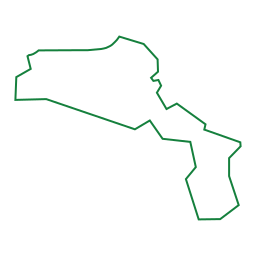 Panyikang, Upper Nile, South Sudan (Robinson projection)
{"feature_id": "79223893B85148589397174", "entity_name": "Panyikang", "entity_type": "district", "adm_level": 2, "iso_a3": "SSD", "parent_name": "South Sudan", "parent_adm1": "Upper Nile", "projection": "robinson", "projection_center": [31.399, 9.348], "detail": "fine", "context": "isolated", "style": "outline", "palette": "green", "viewbox_px": 256, "rotation_deg": 0, "n_neighbors": 0, "source": "geoboundaries", "source_scale": "gbopen_adm2", "svg_char_len": 699}
<svg xmlns="http://www.w3.org/2000/svg" viewBox="0 0 256 256"><path d="M15.4,99.9L46.2,99.1L87.3,113.1L134.9,129.3L149.8,120.5L162.6,138.8L190.3,141.9L195.8,167.1L185.9,179.1L198.7,219.4L220.2,219.1L238.7,205.1L229.1,176.1L229.1,158.1L240.6,146.3L240.3,142.3L204.3,129.6L205.5,124.3L176.8,103.6L166.5,109.0L156.9,92.7L161.1,85.7L158.4,80.0L153.4,80.9L151.1,77.8L158.0,71.7L157.6,59.4L143.7,44.0L119.3,36.6L116.9,39.9L114.9,42.0L112.2,44.6L110.5,45.8L108.9,46.6L106.1,47.9L103.7,48.5L101.1,49.0L97.8,49.3L94.4,49.6L91.2,49.9L87.7,50.2L78.3,50.2L38.6,50.4L37.5,51.3L36.0,52.4L33.3,54.0L31.0,54.8L29.0,55.1L27.5,56.2L30.7,68.9L16.3,77.1L15.4,99.9Z" fill="none" stroke="#15803d" stroke-width="2"/></svg>